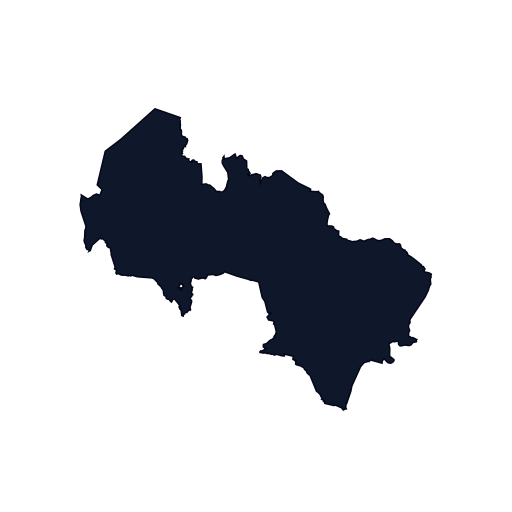 outline of Tangancícuaro, Michoacán, Mexico, rotated 242°
{"feature_id": "50627088B86579447332428", "entity_name": "Tangancícuaro", "entity_type": "district", "adm_level": 2, "iso_a3": "MEX", "parent_name": "Mexico", "parent_adm1": "Michoacán", "projection": "albers", "projection_center": [-102.26, 19.874], "detail": "fine", "context": "isolated", "style": "filled", "palette": "ink", "viewbox_px": 512, "rotation_deg": 242, "n_neighbors": 0, "source": "geoboundaries", "source_scale": "gbopen_adm2", "svg_char_len": 6145}
<svg xmlns="http://www.w3.org/2000/svg" viewBox="0 0 512 512"><g transform="rotate(242 256 256)"><path d="M238.2,162.5L237.1,163.6L238.7,164.6L238.3,165.7L239.5,167.2L238.6,168.3L239.3,170.2L240.0,171.1L239.8,171.8L239.0,172.2L239.2,172.9L240.9,173.5L242.1,173.4L242.5,174.5L245.8,177.7L247.1,178.2L247.7,177.7L248.5,178.0L249.7,177.7L250.6,180.3L251.5,181.0L251.5,182.0L254.3,181.8L255.9,183.7L257.6,184.5L258.0,185.3L260.2,184.6L263.3,185.5L264.1,186.8L265.9,187.7L267.2,190.9L266.9,191.6L265.1,191.7L263.8,193.3L262.8,194.0L261.9,197.9L261.0,199.4L259.8,200.4L260.0,201.7L261.9,204.3L259.9,209.4L257.6,211.5L256.5,215.7L256.3,218.5L256.3,219.4L256.9,220.8L247.2,229.7L239.5,237.8L236.7,240.3L236.2,241.6L231.8,246.2L216.4,242.0L211.7,242.5L201.1,239.9L199.2,240.4L198.6,242.1L196.9,237.1L193.6,237.1L190.7,240.6L189.5,241.2L187.7,239.6L187.0,240.3L179.0,238.2L178.5,237.1L177.6,236.7L176.9,235.0L176.5,234.9L176.5,234.2L175.8,234.1L174.9,231.8L174.9,228.3L173.7,224.3L174.4,221.0L172.3,219.7L169.7,221.3L169.3,220.9L169.7,219.9L169.3,218.8L169.5,216.1L170.0,215.6L169.5,214.4L169.0,214.2L166.5,217.4L166.4,218.1L165.7,219.2L164.7,220.0L163.7,221.9L162.0,223.4L161.8,224.5L160.0,225.5L159.4,228.2L156.0,231.7L154.4,234.1L156.1,234.9L149.9,241.9L147.7,240.1L146.8,240.3L146.5,241.0L145.5,241.2L145.8,241.7L144.9,242.2L142.0,240.2L140.8,240.7L140.7,241.6L139.8,241.9L140.0,242.2L139.4,242.3L139.0,243.0L135.1,245.7L132.9,245.7L130.6,246.6L129.3,246.2L126.5,246.9L125.6,247.7L107.9,245.9L107.3,246.5L103.6,247.6L98.3,247.3L98.3,247.0L97.4,247.9L96.4,247.4L96.2,248.2L95.7,248.5L95.0,247.7L93.5,247.6L87.3,254.7L87.0,256.2L81.9,260.2L79.0,260.8L79.1,262.6L78.6,264.0L80.8,264.3L81.8,265.3L83.0,265.8L83.1,266.7L84.1,266.9L83.8,267.4L92.0,276.2L96.2,279.6L109.2,296.4L110.9,300.8L111.0,302.6L110.4,304.5L110.5,305.3L109.7,306.3L110.3,308.4L102.2,317.0L103.9,318.0L105.3,320.8L100.0,322.3L98.2,324.3L98.0,325.6L98.1,327.4L98.8,328.6L99.7,329.2L104.9,327.0L111.7,330.8L115.9,332.0L116.1,332.5L116.3,337.1L115.3,337.7L114.4,341.0L113.6,341.8L112.6,341.0L111.0,340.4L109.3,340.8L108.5,341.8L107.6,345.5L104.9,349.3L104.8,351.7L106.0,353.5L105.0,357.4L106.5,358.0L106.7,358.7L110.4,356.2L110.4,355.2L114.1,353.1L117.3,355.5L117.9,356.6L121.8,357.3L123.1,358.2L125.3,360.4L124.9,360.7L126.9,361.6L128.0,362.7L140.5,386.2L144.8,392.0L147.8,394.9L149.1,397.1L153.7,399.0L155.2,400.7L156.4,401.1L157.4,402.2L158.3,402.0L160.1,400.6L163.2,396.9L163.7,397.0L165.2,399.1L168.1,398.8L169.0,397.3L170.1,397.9L175.8,395.6L182.6,392.5L185.3,390.7L188.4,391.0L190.3,390.2L191.3,390.3L192.1,389.3L194.6,388.0L196.2,388.1L197.3,388.7L199.0,388.6L199.4,388.4L200.1,386.6L202.3,384.1L205.2,383.6L208.5,382.1L210.7,377.8L211.0,373.9L211.7,372.0L213.0,370.2L216.2,368.2L217.1,367.0L217.1,364.8L217.9,362.8L218.5,357.8L219.9,357.1L220.5,356.2L221.5,355.6L221.6,352.1L223.2,348.6L223.3,347.6L224.7,346.6L226.6,344.3L228.3,343.9L230.8,340.7L233.5,339.5L234.3,338.6L235.9,338.9L237.7,339.8L238.6,340.6L239.3,340.7L240.4,339.1L242.1,338.5L243.2,337.6L245.3,338.1L246.9,337.0L249.0,333.2L250.7,333.5L254.0,335.8L258.0,339.3L258.7,340.7L265.5,340.8L269.1,341.3L271.3,340.6L274.2,341.6L276.5,343.1L278.4,343.5L282.9,341.4L283.7,341.6L284.0,340.3L287.8,334.0L288.2,334.9L289.5,335.6L300.7,327.5L319.4,318.5L319.7,316.9L320.3,316.6L320.6,315.5L321.5,314.4L321.5,312.5L321.0,309.7L319.2,308.6L319.1,305.7L318.7,305.2L320.0,302.6L321.9,301.2L321.8,298.8L319.7,295.8L317.8,294.2L320.3,294.3L323.3,297.4L325.4,297.8L328.7,294.7L329.1,292.3L329.7,290.8L329.6,288.6L330.5,287.3L332.0,287.1L331.1,288.6L331.9,289.6L334.9,289.3L336.1,289.8L336.8,289.1L337.7,289.0L344.3,292.3L347.7,290.4L350.8,290.8L351.3,290.4L352.1,289.4L352.2,288.6L351.4,284.6L355.9,285.4L355.4,280.6L355.0,280.5L355.4,277.9L356.7,273.6L359.0,274.5L358.4,273.5L358.5,273.0L357.1,272.5L356.3,271.1L354.1,269.9L351.3,269.7L343.0,270.3L335.8,267.5L335.8,266.7L331.9,263.1L330.5,262.5L330.6,261.8L330.0,261.8L329.8,261.0L329.3,260.8L329.4,260.2L328.9,260.0L329.1,259.4L328.4,258.2L328.5,255.5L329.2,254.6L329.7,254.6L331.7,251.4L332.1,251.1L334.8,250.7L340.3,248.5L341.0,247.3L343.1,245.8L344.6,241.7L351.1,245.4L363.2,250.7L364.8,247.7L366.0,247.7L366.5,248.2L369.0,246.1L369.9,246.2L370.4,245.4L369.9,244.9L370.3,244.2L370.1,243.9L369.0,243.8L369.0,242.8L369.9,242.6L370.3,242.0L371.4,241.5L372.1,241.4L373.3,242.3L373.8,241.0L374.6,240.8L375.2,240.0L377.5,239.8L378.5,238.1L379.9,237.6L381.0,238.4L381.2,239.3L382.2,238.9L382.6,239.9L383.1,239.6L384.4,240.4L384.0,240.7L384.2,241.2L384.8,241.4L385.0,242.1L385.3,241.9L385.9,242.9L386.5,243.0L385.7,245.1L387.3,245.9L387.4,247.2L390.0,249.9L391.8,250.3L391.9,249.4L394.2,249.3L395.5,247.8L397.0,247.0L397.9,247.0L401.9,249.1L403.0,249.0L403.5,248.5L407.9,251.2L409.1,251.4L410.4,252.4L412.2,252.7L413.7,254.1L433.4,235.9L422.5,191.5L419.3,172.1L393.3,149.2L386.9,151.3L382.9,146.6L385.6,144.3L385.9,140.5L385.3,138.6L385.2,134.3L391.9,130.4L390.6,129.9L388.1,127.8L386.9,127.9L387.2,127.3L383.9,124.8L377.6,122.5L362.0,119.8L360.4,118.7L358.8,116.9L352.5,113.2L350.6,111.6L348.7,111.0L345.0,110.8L343.7,109.8L341.4,109.8L340.2,110.8L339.5,112.2L338.6,110.9L338.6,112.2L342.5,116.5L344.7,125.5L344.6,126.9L343.6,127.6L343.7,128.5L339.9,130.0L338.6,129.4L337.1,130.2L336.8,130.7L335.7,129.3L334.4,129.1L332.8,129.8L331.7,131.1L329.2,130.5L328.9,130.1L327.7,130.1L326.7,129.4L325.8,129.6L325.3,128.8L312.2,126.4L311.1,125.0L308.8,126.3L307.2,124.6L306.3,124.3L305.4,124.5L305.3,125.7L304.8,126.4L302.4,128.1L300.2,131.9L298.3,134.0L298.3,135.2L297.2,136.0L297.3,137.0L296.8,138.0L293.4,141.4L285.4,154.0L284.0,155.2L278.5,156.8L277.4,156.3L273.5,157.7L271.5,157.7L270.4,158.1L268.2,157.7L266.2,156.7L265.0,156.7L264.5,156.3L262.7,157.4L260.5,156.9L260.2,157.5L259.5,157.6L258.4,159.0L256.1,159.2L255.0,159.8L256.8,162.4L256.5,163.8L252.5,164.7L247.7,165.4L247.4,165.2L247.3,164.2L244.8,163.9L244.5,164.3L242.7,164.2L238.2,162.5ZM263.2,172.5L264.5,172.7L267.3,176.6L266.1,177.0L266.3,177.4L264.1,178.1L264.0,177.6L263.2,177.9L262.5,174.8L260.0,174.3L260.9,174.1L263.1,174.7L263.8,173.8L262.9,173.0L263.2,172.5Z" fill="#0f172a" stroke="#020617" stroke-width="1.5"/></g></svg>